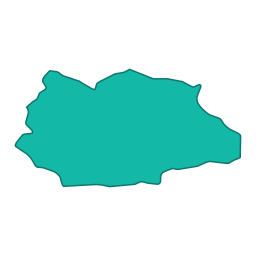 map outline of Gafsa (Albers equal-area conic projection)
{"feature_id": "TUN-112", "entity_name": "Gafsa", "entity_type": "Governorate", "adm_level": 1, "iso_a3": "TUN", "parent_name": "Tunisia", "parent_adm1": "", "projection": "albers", "projection_center": [8.747, 34.421], "detail": "fine", "context": "isolated", "style": "filled", "palette": "teal", "viewbox_px": 256, "rotation_deg": 0, "n_neighbors": 0, "source": "natural_earth", "source_scale": "10m", "svg_char_len": 1866}
<svg xmlns="http://www.w3.org/2000/svg" viewBox="0 0 256 256"><path d="M26.6,107.2L32.7,101.8L36.1,99.7L37.3,98.5L37.9,97.3L39.0,94.2L39.9,92.8L45.2,89.5L46.3,87.5L42.6,81.5L43.0,78.8L44.7,76.1L49.4,71.1L49.6,70.9L51.4,71.0L56.8,71.7L58.9,72.7L60.7,74.3L63.6,76.0L79.6,81.3L81.6,82.8L91.7,88.6L93.8,89.4L95.0,89.5L95.5,88.2L96.4,84.9L96.6,84.3L96.9,83.7L98.2,82.6L99.7,81.6L114.6,74.1L115.9,73.7L122.5,72.7L125.3,71.7L129.6,69.4L153.2,78.8L167.3,78.8L182.3,81.6L191.3,86.4L192.5,86.8L193.4,87.0L194.0,86.9L195.3,86.4L197.3,85.3L198.3,85.0L199.7,84.7L200.4,85.1L200.8,85.6L200.8,86.3L200.7,87.0L197.3,96.0L197.0,97.4L196.9,98.1L196.9,98.8L196.9,99.7L197.2,101.2L198.1,103.5L198.7,104.5L200.3,106.7L203.4,110.0L207.4,113.4L208.8,114.3L209.8,114.9L219.1,118.3L220.3,119.0L221.5,120.4L223.7,123.9L224.6,124.9L225.8,126.1L229.6,129.1L230.6,129.7L237.6,133.0L239.2,134.1L240.3,135.1L240.5,135.8L240.6,136.4L240.2,157.5L237.6,158.8L234.9,159.7L228.8,163.1L227.7,163.3L226.2,163.3L209.6,161.4L206.5,162.2L197.5,166.2L178.0,169.4L175.7,169.2L173.1,168.4L171.8,168.7L166.0,170.9L162.7,172.5L162.1,173.2L161.6,173.8L161.2,174.5L161.0,175.2L160.8,175.8L160.6,177.1L160.6,181.0L160.4,181.7L160.2,182.5L159.7,183.1L159.2,183.6L158.7,183.9L158.2,184.1L157.3,184.2L148.1,183.2L142.4,181.7L141.3,181.7L140.0,182.0L134.8,184.3L109.5,186.6L101.5,184.9L95.9,184.5L63.7,186.3L63.0,185.7L62.3,184.5L61.0,180.3L60.4,177.8L60.0,177.0L59.4,176.1L57.5,174.0L55.0,172.1L54.1,171.6L43.1,167.7L37.6,167.2L37.0,166.9L36.3,166.5L35.6,165.9L34.5,164.1L32.7,160.9L30.5,157.7L29.3,156.3L26.6,153.8L15.8,146.5L15.4,145.8L15.4,144.8L16.3,142.9L17.1,141.7L22.3,135.3L23.0,134.7L23.7,134.4L24.3,134.2L31.4,133.4L32.1,133.1L32.5,132.5L32.6,131.7L31.9,130.3L31.3,129.6L26.2,124.5L25.9,123.4L25.9,122.0L28.4,112.8L28.3,111.1L27.2,107.8L26.6,107.2Z" fill="#14b8a6" stroke="#0f766e" stroke-width="1.5"/></svg>